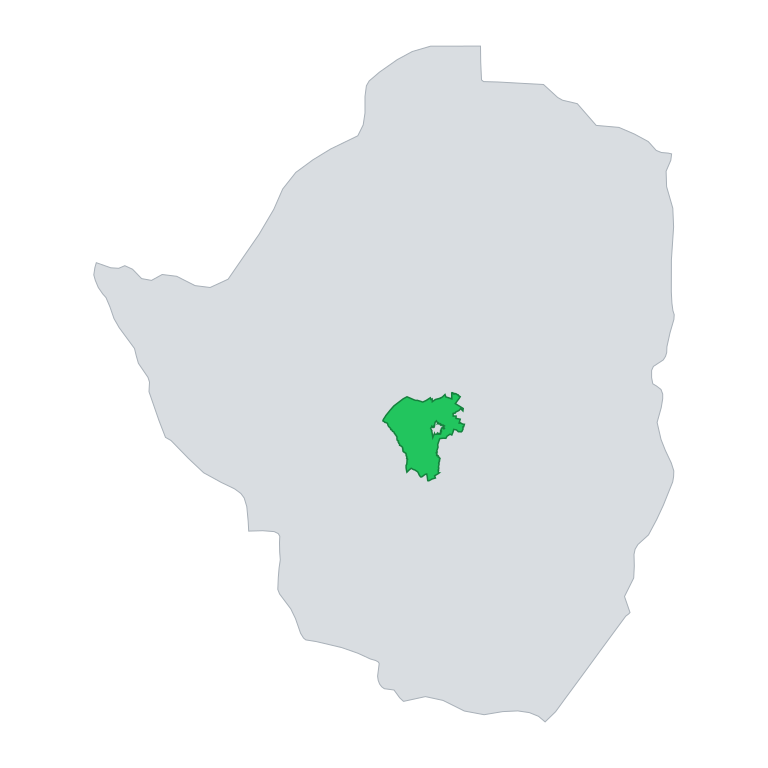 Gweru, Midlands, Zimbabwe shown in context
{"feature_id": "62879985B38074336306054", "entity_name": "Gweru", "entity_type": "district", "adm_level": 2, "iso_a3": "ZWE", "parent_name": "Zimbabwe", "parent_adm1": "Midlands", "projection": "equal_earth", "projection_center": [29.6, -19.532], "detail": "fine", "context": "in_parent", "style": "filled", "palette": "green", "viewbox_px": 768, "rotation_deg": 0, "n_neighbors": 0, "source": "geoboundaries", "source_scale": "gbopen_adm2", "svg_char_len": 7576}
<svg xmlns="http://www.w3.org/2000/svg" viewBox="0 0 768 768"><path d="M545.1,721.9L538.5,716.3L529.4,712.6L517.8,710.9L502.7,711.6L484.1,714.7L464.3,711.0L443.0,700.4L425.4,696.6L404.3,701.2L403.4,701.3L399.7,697.8L394.0,690.0L384.3,688.7L381.7,686.8L379.6,684.0L378.2,680.3L377.6,676.2L379.2,663.5L378.3,662.0L375.7,660.5L370.4,659.0L357.8,653.2L341.8,647.6L315.9,641.5L305.8,639.9L303.5,638.0L300.6,633.3L295.5,618.6L290.8,608.9L279.6,594.0L277.8,589.4L278.3,577.5L279.1,567.9L280.3,559.8L279.7,552.1L279.5,542.7L279.8,536.3L278.3,533.6L274.2,531.6L262.7,530.7L248.7,531.1L248.2,521.5L246.8,506.6L244.2,498.0L240.9,493.5L234.5,488.8L221.4,482.5L203.7,472.8L188.4,458.4L171.0,440.5L165.5,437.4L159.0,420.6L149.0,391.7L149.5,382.1L148.0,377.4L138.4,363.3L136.3,355.9L134.5,348.5L119.2,327.7L114.0,318.6L110.0,307.0L106.0,297.6L102.7,293.9L98.3,287.5L95.3,280.3L93.8,274.9L94.9,267.6L96.3,262.7L110.8,267.8L118.7,268.3L124.8,265.7L132.5,269.2L141.6,278.6L151.5,280.4L162.2,274.5L176.7,276.3L195.0,285.6L210.1,287.5L228.1,279.2L244.0,256.1L259.0,234.4L273.8,209.3L282.7,189.0L295.8,172.4L313.1,159.7L330.8,148.9L357.8,135.8L363.2,124.9L365.0,113.0L365.0,96.5L366.4,85.8L369.2,80.9L373.7,77.1L379.5,72.1L397.3,59.6L412.3,51.5L430.5,46.2L450.4,46.2L469.6,46.1L480.5,46.1L480.7,62.0L481.5,79.9L483.6,81.6L498.0,82.0L521.2,83.3L543.5,84.5L557.7,97.5L562.5,100.2L577.3,103.7L596.2,125.4L618.9,127.4L634.5,134.1L648.3,141.6L656.2,150.4L661.3,152.5L668.2,153.1L671.6,153.9L670.8,160.3L666.1,171.2L666.6,186.7L672.8,208.2L673.6,226.9L671.4,259.8L671.3,291.7L671.9,303.1L672.9,310.6L674.2,314.7L673.9,319.4L670.0,332.8L666.9,346.8L666.7,352.5L665.5,356.4L663.3,359.9L653.4,366.4L651.6,370.4L651.6,377.7L652.8,383.8L656.5,386.0L661.0,389.5L662.7,394.0L662.7,398.8L661.2,407.7L657.1,422.4L661.0,439.4L665.3,450.3L671.3,463.0L673.8,470.9L673.6,476.5L672.7,481.9L663.4,505.1L656.7,519.5L648.5,534.9L637.9,544.5L635.1,549.2L634.0,554.4L634.3,566.0L633.7,578.0L624.5,596.5L630.0,612.5L628.7,613.9L625.7,616.2L612.5,634.1L599.2,652.2L589.5,665.5L578.5,680.5L566.1,697.3L555.6,711.7L545.1,721.9Z" fill="#d9dde1" stroke="#a8b0b8" stroke-width="1"/><path d="M393.3,431.6L393.9,432.0L394.1,432.2L394.2,432.5L394.2,432.8L394.4,433.4L395.0,433.8L395.1,434.1L395.2,434.5L395.3,434.7L395.6,434.9L395.8,435.0L396.3,435.9L396.4,436.1L396.5,436.1L396.9,436.8L397.0,437.4L396.9,438.1L397.0,438.8L397.0,439.2L397.1,440.0L397.3,440.3L397.8,440.4L398.1,440.8L398.4,440.9L398.5,441.0L398.1,441.7L398.1,441.9L398.2,442.0L398.5,442.5L399.0,443.1L398.9,443.5L399.4,443.9L399.7,444.5L399.6,444.9L399.6,445.3L399.9,445.3L400.1,445.4L400.5,445.7L400.8,445.8L400.9,446.0L401.1,446.1L401.4,446.2L401.6,446.5L401.8,446.6L402.0,446.7L402.6,447.7L402.6,447.8L402.6,448.0L402.8,448.5L402.8,448.8L402.6,448.9L402.6,449.0L402.9,449.3L403.0,449.6L402.9,449.8L402.9,450.2L402.9,450.4L402.9,450.6L403.0,450.8L403.0,451.2L403.1,451.4L403.2,451.5L403.3,451.5L403.5,451.3L403.7,451.5L403.9,452.1L404.1,452.3L404.9,452.6L405.1,452.9L405.3,452.9L405.5,453.1L405.9,453.3L406.0,453.4L406.0,453.6L405.9,453.7L405.9,453.8L406.0,454.2L406.2,454.5L406.2,454.8L406.3,455.0L406.2,455.1L406.1,455.3L406.3,455.7L406.3,456.0L406.8,456.6L406.8,456.8L406.8,457.4L406.9,457.7L406.9,457.9L406.6,458.3L406.8,458.7L406.9,458.8L407.0,458.7L407.4,458.8L407.6,459.2L407.6,459.3L407.4,459.4L407.1,459.7L407.0,459.9L407.0,460.0L407.1,460.3L407.1,460.6L407.0,460.8L407.0,461.7L406.8,463.7L406.8,464.2L406.1,465.3L406.1,467.8L406.6,471.0L406.9,472.2L409.2,469.9L411.2,468.3L413.5,469.6L414.6,469.8L415.6,470.5L416.5,471.0L417.9,472.1L419.4,475.3L420.6,476.9L421.2,477.0L422.1,476.7L424.7,474.7L425.5,474.3L426.7,474.0L427.2,476.4L427.7,480.3L427.8,480.7L428.1,480.8L429.0,480.7L429.4,480.5L432.1,479.0L435.4,478.0L434.6,475.8L438.3,473.6L439.1,473.0L438.9,473.0L438.6,473.1L438.6,472.9L438.8,472.5L438.4,472.3L438.3,472.2L438.3,470.5L438.3,470.4L438.5,470.5L438.6,470.4L438.6,470.2L438.3,470.1L438.2,470.0L438.2,469.9L438.5,469.5L438.6,468.7L438.8,468.3L438.8,468.2L438.6,467.8L438.7,467.5L438.7,467.4L438.4,467.1L438.6,466.3L438.7,465.5L439.0,464.7L438.9,464.4L439.0,464.0L438.9,463.9L438.9,463.7L439.0,463.0L439.0,462.9L438.7,463.0L438.7,462.8L438.8,462.4L439.0,462.3L439.1,462.1L439.2,461.7L439.3,461.6L439.3,461.1L439.5,461.1L439.6,460.9L439.5,460.3L439.4,460.0L439.5,459.9L439.7,459.6L439.6,459.3L439.6,459.1L439.8,458.8L440.0,458.6L440.0,458.4L439.7,458.4L439.4,458.1L439.3,457.9L439.2,457.4L439.1,457.2L438.9,457.2L438.5,457.1L438.4,457.1L438.2,457.0L438.3,456.7L438.2,456.4L438.1,456.1L438.2,455.8L438.1,455.7L437.9,455.7L437.7,455.7L437.2,455.6L436.9,455.6L436.7,455.6L436.6,455.4L436.6,455.2L436.7,454.9L436.7,454.7L437.0,454.4L437.0,454.0L436.9,453.9L436.8,453.6L436.5,453.5L436.4,453.0L436.3,452.9L436.2,452.7L436.4,452.4L437.2,452.1L436.8,450.8L437.0,450.1L437.2,449.7L438.0,447.2L437.7,444.6L438.8,441.3L439.0,440.7L439.3,439.9L439.4,439.5L439.8,438.6L443.5,438.2L445.9,438.3L447.0,436.2L450.0,434.2L451.8,435.0L453.0,432.1L453.7,429.4L456.4,429.9L457.0,430.4L457.3,430.7L458.3,431.7L459.7,431.7L461.2,431.9L462.2,431.0L462.4,430.4L463.0,429.2L462.9,427.0L463.6,426.9L464.4,424.3L463.4,424.2L463.1,424.2L461.9,423.7L460.1,422.6L459.9,422.9L460.0,423.0L459.9,423.2L459.1,423.1L460.2,419.2L456.0,418.4L456.1,416.1L453.2,416.1L453.1,413.4L453.5,413.3L455.2,413.1L455.8,412.0L459.0,410.5L460.6,408.6L462.9,410.9L463.2,408.5L461.9,407.7L460.0,406.5L455.3,403.6L456.3,402.3L457.4,400.7L458.8,398.9L460.2,396.7L459.3,396.1L459.1,395.9L458.9,395.8L458.6,395.9L458.4,395.8L458.2,395.4L458.2,394.9L457.5,394.7L457.3,394.7L457.1,394.5L456.8,394.4L456.7,394.2L456.2,394.0L456.1,393.8L455.7,393.6L455.4,393.6L455.1,393.8L454.8,393.8L454.6,393.7L454.3,393.4L454.2,393.4L454.2,393.5L454.1,393.8L454.1,394.0L453.9,394.0L453.9,393.8L453.8,393.7L453.6,393.8L453.3,393.7L453.1,393.6L452.8,393.5L452.7,393.4L452.8,392.8L452.6,392.7L452.3,392.8L451.9,392.7L451.7,392.9L451.7,393.0L451.8,398.9L450.6,398.5L450.6,398.4L449.8,398.2L448.6,397.8L448.1,397.6L445.9,397.0L445.0,394.5L442.3,397.1L440.1,398.1L440.2,398.3L438.7,398.6L435.4,399.5L432.3,401.7L432.1,398.9L430.9,399.5L430.3,397.8L426.3,400.4L422.7,402.1L421.2,401.5L417.2,400.3L416.6,400.4L415.2,400.3L414.2,399.9L413.6,399.7L413.3,399.5L411.0,398.5L407.0,396.8L403.2,398.8L394.7,405.3L393.8,406.0L389.9,410.5L385.8,415.6L385.5,416.2L383.4,419.4L382.9,420.9L383.5,421.2L383.9,421.4L384.3,421.8L384.8,422.3L385.1,422.5L385.5,422.4L386.0,422.6L386.4,422.8L386.7,422.9L387.1,423.1L387.6,423.7L387.7,424.0L387.7,424.3L387.9,424.8L388.1,425.5L388.2,425.8L389.1,427.0L389.6,427.3L389.8,427.5L390.0,427.8L390.5,428.3L390.6,429.2L390.7,429.4L390.9,429.6L391.0,429.7L391.4,429.5L391.5,429.5L391.8,430.0L392.0,430.3L392.2,430.6L392.3,431.0L392.6,431.4L393.0,431.5L393.3,431.6ZM436.4,420.9L436.9,422.0L438.0,422.6L437.6,423.5L437.8,423.4L438.0,423.6L438.3,423.2L438.7,423.7L439.0,423.4L439.6,424.0L440.4,423.7L440.6,424.1L440.4,424.5L440.5,424.6L440.4,424.9L441.1,425.5L441.7,424.7L442.1,425.0L443.2,425.5L443.5,425.2L444.4,425.9L443.1,426.7L444.5,428.3L443.9,428.9L443.0,428.0L442.5,428.0L442.0,428.2L441.9,427.9L441.6,428.0L441.3,428.8L441.4,430.9L440.6,430.5L440.5,431.2L440.9,431.5L440.6,432.2L441.0,432.8L440.7,433.1L440.5,434.1L439.4,434.2L439.3,433.5L439.1,433.3L438.7,434.2L438.1,434.2L437.4,433.1L436.7,434.3L434.6,434.3L434.4,433.5L432.8,437.5L431.9,431.8L431.6,431.1L431.9,430.8L430.6,428.3L431.6,427.0L431.9,426.1L432.4,426.6L432.2,427.0L433.0,427.6L433.8,426.9L434.1,427.1L434.3,426.7L433.7,426.1L434.2,425.2L434.6,425.3L435.1,422.2L436.4,420.9Z" fill="#22c55e" stroke="#15803d" stroke-width="1.5"/></svg>